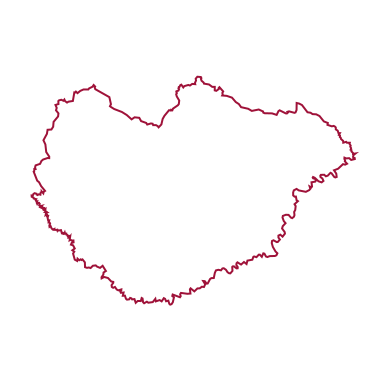 Luvianos, México, Mexico (orthographic projection), rotated 185°
{"feature_id": "50627088B51111814916404", "entity_name": "Luvianos", "entity_type": "district", "adm_level": 2, "iso_a3": "MEX", "parent_name": "Mexico", "parent_adm1": "México", "projection": "orthographic", "projection_center": [-100.389, 18.947], "detail": "fine", "context": "isolated", "style": "outline", "palette": "rose", "viewbox_px": 384, "rotation_deg": 185, "n_neighbors": 0, "source": "geoboundaries", "source_scale": "gbopen_adm2", "svg_char_len": 5983}
<svg xmlns="http://www.w3.org/2000/svg" viewBox="0 0 384 384"><g transform="rotate(185 192 192)"><path d="M203.9,77.9L202.6,78.5L201.5,80.5L200.8,85.5L202.6,86.7L202.3,88.2L194.8,86.1L194.2,87.2L194.9,89.1L194.2,90.5L187.7,90.2L184.7,90.7L185.6,94.9L185.0,95.9L181.0,93.2L178.2,96.4L175.9,96.7L173.9,98.5L171.8,98.4L170.8,101.2L173.1,104.3L171.5,104.3L169.4,102.0L168.4,102.2L166.4,106.9L165.2,107.9L162.8,108.2L162.2,113.4L161.3,116.0L159.0,116.8L156.3,116.5L155.0,118.5L153.7,118.8L151.4,117.5L149.6,115.2L148.0,114.3L146.7,114.3L144.8,117.0L145.4,120.8L145.0,121.4L143.8,121.6L141.0,119.8L139.9,120.0L139.9,121.2L141.5,123.2L141.4,124.9L140.6,125.9L136.8,124.0L134.1,126.8L131.4,125.0L130.8,128.5L126.0,129.8L125.2,132.8L124.5,133.2L122.1,132.7L120.0,135.4L119.0,135.5L116.8,133.5L115.6,137.1L114.5,136.9L112.7,134.2L111.2,133.8L109.0,134.9L103.8,135.5L102.4,136.3L101.6,138.4L103.6,140.0L106.7,144.4L108.1,148.1L108.0,150.2L106.6,151.0L103.2,149.5L102.2,149.7L100.3,152.3L101.9,154.1L102.1,156.1L100.3,157.2L97.9,155.4L95.8,158.6L96.2,160.2L99.1,163.5L98.6,165.9L96.1,169.1L98.0,171.0L99.6,174.4L99.4,176.1L96.5,177.5L93.8,177.6L91.2,175.1L89.9,174.7L88.3,176.3L87.9,177.9L88.5,181.0L87.6,183.1L87.5,187.0L88.8,188.8L85.7,192.1L87.1,192.9L88.1,196.5L89.4,196.3L90.9,197.4L91.2,200.3L90.7,202.5L88.1,204.2L85.8,202.9L78.6,202.1L75.4,204.1L74.4,205.5L75.3,207.8L73.5,207.0L72.9,207.9L73.8,212.1L70.1,213.1L69.7,214.0L70.1,215.7L72.5,216.2L73.0,216.8L72.7,217.5L71.0,216.9L66.9,213.7L63.7,212.9L62.0,214.5L63.3,216.8L65.3,218.1L65.6,219.4L65.1,220.3L61.8,220.7L60.0,219.3L58.2,220.1L55.7,223.2L54.6,222.8L51.6,219.4L50.5,219.0L49.2,219.6L49.9,222.9L52.4,226.0L48.5,227.9L44.0,232.9L41.8,232.6L40.0,233.7L42.4,235.9L42.2,236.6L43.1,238.3L43.1,239.5L41.3,238.9L38.4,239.4L36.2,237.8L32.7,239.0L32.9,240.0L34.4,240.3L34.6,241.5L34.4,242.8L32.5,244.6L34.9,244.0L35.0,244.9L36.7,246.3L36.8,247.6L37.7,247.9L37.3,249.5L38.3,251.0L38.0,252.1L39.3,253.7L39.1,254.8L42.0,254.6L42.8,255.4L45.6,254.3L45.9,256.1L48.2,257.8L48.6,259.1L49.5,259.6L49.5,261.1L50.7,261.6L49.8,263.5L51.2,263.4L52.2,265.8L54.2,266.9L54.4,268.8L55.1,269.5L56.6,270.2L58.4,269.6L62.9,270.7L62.7,272.6L66.8,273.8L71.6,278.8L75.0,280.2L78.7,280.1L80.8,281.3L83.9,281.5L90.0,288.2L92.9,289.4L95.5,289.8L95.0,282.8L95.8,280.3L96.8,279.8L102.4,280.8L103.9,280.2L103.4,279.5L104.3,278.5L105.5,278.5L111.8,281.0L112.9,280.1L114.4,276.2L119.1,277.3L126.5,276.8L127.9,277.3L128.2,278.4L132.7,280.0L139.5,278.0L143.3,279.8L150.5,280.8L153.0,283.7L156.2,285.4L160.4,289.5L165.8,290.8L170.3,290.8L169.9,291.8L170.4,293.3L169.7,294.9L173.8,298.8L174.5,297.9L174.3,296.9L176.6,294.9L178.2,295.2L178.5,298.7L181.0,298.5L184.4,300.6L189.5,301.0L189.9,302.0L192.2,303.7L193.0,305.6L192.6,306.1L192.9,307.1L193.4,307.3L196.7,307.3L198.2,305.2L197.7,303.4L198.6,300.9L198.2,299.7L201.2,299.7L203.3,297.9L205.0,298.3L208.9,296.8L209.8,295.4L212.0,298.0L212.9,297.5L213.7,295.5L214.3,295.4L214.5,294.0L213.8,293.4L214.4,291.8L216.3,291.0L216.4,290.5L215.7,289.2L216.3,288.0L215.5,285.9L212.7,282.0L212.8,278.5L213.6,277.2L218.2,273.4L218.7,271.7L220.0,272.1L220.2,271.3L222.0,271.5L226.1,265.5L227.6,262.2L228.4,256.6L230.9,253.5L232.0,254.7L233.8,255.5L236.5,255.2L237.2,256.6L238.9,256.7L242.5,255.3L243.6,256.8L248.9,258.2L251.0,261.3L255.7,261.4L258.5,259.1L263.7,263.0L268.8,265.6L276.8,267.9L280.1,269.6L281.2,270.3L280.4,272.4L282.6,279.3L297.3,286.0L298.1,287.9L297.7,288.6L299.3,290.0L300.3,288.2L303.6,286.2L304.2,285.1L309.0,284.7L312.1,283.0L314.7,280.5L316.4,281.9L317.1,280.9L317.9,281.0L318.6,272.3L323.0,271.2L324.3,270.2L326.4,271.5L327.2,273.0L328.1,271.7L330.2,272.5L332.5,271.7L333.1,270.9L332.7,268.0L335.6,266.8L334.1,264.0L334.6,261.5L331.9,258.7L332.0,255.6L336.0,249.8L336.0,244.9L337.5,242.0L341.3,241.4L341.6,237.3L344.5,230.6L342.2,226.6L340.7,219.1L337.3,214.8L337.2,213.3L338.7,213.3L343.1,211.4L344.7,209.8L345.8,206.8L350.1,204.9L350.5,203.0L349.9,201.3L351.1,201.2L351.0,199.0L351.5,198.5L347.2,189.8L345.2,188.4L342.8,184.7L338.5,180.3L339.8,179.3L340.0,177.7L341.8,179.5L341.7,178.7L342.7,178.3L342.8,176.1L344.3,176.4L345.6,175.5L346.5,175.9L346.7,176.7L348.7,177.1L349.8,176.2L350.3,174.6L351.5,174.6L351.3,173.3L349.3,172.5L349.1,171.7L346.6,171.3L347.1,170.4L346.1,168.9L345.4,169.2L345.7,167.6L345.2,166.7L344.8,167.6L343.4,167.8L343.1,167.0L342.6,167.8L343.2,164.5L342.5,165.5L342.1,164.6L340.6,165.1L341.9,163.6L340.0,162.9L339.5,163.6L338.9,162.4L338.6,163.2L337.8,163.2L337.4,162.7L338.3,161.5L337.9,161.2L336.5,162.4L336.5,160.1L335.7,159.8L336.5,159.1L334.6,158.8L335.6,158.1L335.8,156.3L335.0,156.9L334.3,156.7L334.3,155.3L333.3,155.5L333.6,153.7L332.8,151.1L331.8,151.3L332.2,149.1L331.2,149.1L330.6,148.3L331.2,146.2L330.9,144.9L329.9,145.7L328.7,143.5L327.5,142.5L326.0,143.2L326.1,142.3L323.0,142.5L322.7,141.8L322.4,142.4L322.0,141.9L319.2,142.6L318.0,139.4L316.5,139.1L316.5,139.9L315.5,139.6L315.2,140.5L314.8,139.4L313.6,139.6L313.4,138.6L312.3,138.3L312.0,137.3L310.7,137.5L311.2,135.7L310.4,135.7L309.5,137.1L309.7,133.3L308.9,133.9L306.7,132.6L306.6,133.3L305.9,133.4L305.6,131.5L307.4,130.8L308.0,129.0L305.8,128.5L303.9,125.5L306.1,123.5L304.1,122.3L305.1,120.3L302.9,114.4L300.4,113.3L300.2,115.6L298.4,114.2L297.0,115.2L296.2,114.6L295.2,115.3L292.6,112.6L292.0,107.8L290.0,107.3L288.2,107.8L286.4,107.4L284.3,109.9L281.5,110.5L280.1,109.4L277.0,108.4L274.6,110.7L270.9,105.8L273.1,104.1L273.1,102.0L274.7,99.2L274.5,98.1L272.1,99.7L268.2,99.0L264.6,95.8L262.6,95.6L262.5,94.7L264.0,92.2L263.6,90.4L262.2,89.7L260.5,90.7L258.5,88.3L256.8,87.6L253.9,88.8L253.9,87.7L254.8,86.7L254.1,85.4L251.4,85.9L251.9,82.6L249.8,82.9L248.5,79.9L247.4,79.1L245.2,79.6L244.4,81.1L243.1,80.8L242.3,79.8L240.0,80.3L238.4,76.7L236.6,78.7L233.5,78.9L232.9,82.0L232.0,81.6L231.1,77.9L230.0,77.0L227.4,78.8L225.9,77.9L221.5,78.9L219.2,82.4L218.5,79.9L214.8,81.5L212.7,80.4L210.8,83.8L209.5,83.2L208.3,80.9L206.1,81.7L204.9,78.7L203.9,77.9Z" fill="none" stroke="#9f1239" stroke-width="2"/></g></svg>